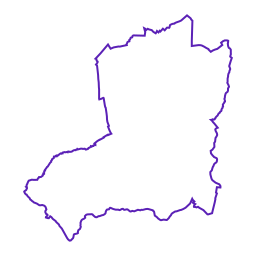 outline of Godinesti, Gorj, Romania
{"feature_id": "2599482B27270234020858", "entity_name": "Godinesti", "entity_type": "district", "adm_level": 2, "iso_a3": "ROU", "parent_name": "Romania", "parent_adm1": "Gorj", "projection": "mercator", "projection_center": [22.965, 44.989], "detail": "fine", "context": "isolated", "style": "outline", "palette": "violet", "viewbox_px": 256, "rotation_deg": 0, "n_neighbors": 0, "source": "geoboundaries", "source_scale": "gbopen_adm2", "svg_char_len": 5747}
<svg xmlns="http://www.w3.org/2000/svg" viewBox="0 0 256 256"><path d="M212.5,211.4L214.7,202.5L215.4,199.1L215.3,198.2L216.9,193.4L216.0,192.6L216.9,187.2L220.4,187.5L220.5,186.9L220.3,185.7L219.3,184.3L215.6,182.7L212.4,180.2L211.8,179.3L211.4,178.3L210.4,174.5L210.3,172.3L210.4,171.9L211.8,170.4L212.5,167.9L213.0,166.6L213.4,166.1L214.1,164.2L215.3,163.0L216.1,162.6L216.5,162.1L216.8,161.6L216.9,160.7L217.1,159.9L217.0,158.9L216.6,158.2L214.0,157.0L213.6,156.4L212.9,155.8L211.0,153.4L210.7,150.8L212.4,149.7L214.4,146.9L214.2,143.0L215.1,141.6L215.5,138.0L216.6,136.3L217.2,134.9L216.9,133.3L215.6,130.8L215.3,129.5L215.5,129.0L216.6,128.1L217.7,127.7L214.4,123.6L213.0,122.1L212.1,120.8L211.1,119.9L212.1,119.8L212.1,119.6L212.5,119.3L213.8,119.6L214.6,119.3L214.7,118.9L215.4,118.3L215.4,117.8L216.3,116.7L217.6,115.5L218.6,113.5L219.7,112.8L220.2,111.7L221.2,111.1L221.5,110.4L221.5,109.5L222.0,108.5L222.5,108.0L222.7,107.4L222.6,107.0L223.1,106.3L222.8,104.8L223.3,103.9L224.4,102.4L224.4,102.0L225.0,101.5L225.0,100.9L224.4,98.9L224.8,97.9L225.0,95.8L225.3,94.9L225.4,94.2L225.9,93.1L227.6,91.7L228.0,90.5L228.0,88.5L228.3,87.9L228.8,87.2L229.0,86.6L228.3,84.7L227.3,82.8L227.6,82.0L227.6,78.6L228.1,76.4L228.1,75.4L228.5,73.6L229.3,72.3L229.4,71.2L230.2,69.1L230.1,68.5L229.2,66.1L230.7,61.1L231.8,57.9L230.3,56.7L230.2,56.4L230.9,54.1L230.8,53.0L230.8,49.8L230.1,48.6L228.8,47.8L228.6,47.4L228.1,46.0L227.8,43.5L227.8,43.3L228.0,43.0L228.2,40.8L227.9,40.6L226.9,40.4L224.8,40.4L223.0,41.2L221.1,42.7L222.3,45.0L217.3,48.9L215.2,49.5L212.8,50.5L210.8,51.8L208.5,49.5L208.4,49.0L206.5,48.1L204.2,46.7L201.8,45.5L200.6,45.2L198.6,45.1L191.8,46.0L191.8,40.8L192.4,20.7L191.2,19.5L190.8,18.6L190.5,18.2L187.0,15.4L181.2,20.5L179.5,21.3L176.1,22.5L174.5,23.3L174.4,23.6L172.3,23.9L170.2,24.9L170.0,25.2L169.5,27.4L169.2,27.8L167.4,27.6L166.9,27.7L164.7,30.3L162.9,28.7L160.4,31.5L159.7,30.8L158.5,32.4L157.0,31.0L156.5,32.1L155.7,33.3L153.4,31.9L151.7,30.1L148.9,29.4L147.7,28.8L146.1,30.1L145.3,28.8L144.2,28.2L145.2,32.1L144.7,35.7L133.6,35.4L133.0,35.6L132.5,36.1L132.2,37.3L130.7,37.7L130.1,39.3L129.3,39.9L129.3,40.4L129.5,41.1L129.4,41.3L128.7,41.3L127.4,42.2L126.9,43.8L126.4,44.4L126.7,45.1L119.8,46.6L118.5,46.5L113.7,47.4L110.6,48.7L108.0,44.5L100.4,53.5L95.5,58.7L96.4,59.1L96.6,60.5L97.0,61.1L97.5,61.4L97.7,61.8L97.5,62.5L96.0,64.6L96.9,65.4L97.1,66.0L98.1,75.0L98.3,79.0L98.7,82.3L98.9,87.3L99.1,89.5L99.1,98.7L99.3,99.4L101.3,98.8L103.1,97.9L103.5,97.9L103.7,98.2L104.8,105.1L105.2,107.0L105.6,107.5L105.8,108.5L106.5,113.2L106.9,116.5L107.0,119.3L107.4,121.9L108.9,125.9L108.0,126.6L109.6,130.6L110.6,132.7L111.3,133.7L108.0,135.1L107.8,134.7L107.4,134.9L103.7,137.1L103.9,137.5L103.3,137.9L99.5,139.9L99.4,139.8L97.3,141.1L94.5,143.4L95.4,144.2L95.4,145.0L94.4,144.7L94.1,145.2L93.5,145.4L93.4,146.0L92.0,146.1L91.8,146.6L91.5,146.8L91.2,146.8L91.0,146.3L90.8,146.2L90.6,146.8L89.6,147.6L89.2,147.8L88.6,147.9L88.0,148.9L87.5,148.9L87.0,149.3L85.8,149.6L85.6,149.5L85.1,148.9L84.8,148.9L84.5,148.7L83.7,148.9L82.6,148.9L82.1,148.7L80.7,148.7L78.0,149.4L77.3,148.9L76.9,149.6L76.3,149.6L75.7,150.2L75.1,150.0L73.5,150.4L73.2,150.7L72.6,150.9L72.0,151.5L71.4,151.7L69.7,151.9L69.1,151.6L68.2,151.5L67.8,152.3L66.8,152.0L65.4,152.3L64.3,152.1L63.6,152.4L63.1,152.4L62.5,152.7L62.5,153.4L61.9,153.4L61.5,153.7L60.6,153.4L59.3,154.3L58.2,155.4L57.0,155.3L56.9,155.5L57.1,156.0L56.9,156.3L56.4,156.3L55.6,155.9L55.0,156.6L53.9,156.6L53.8,158.0L52.0,159.3L52.0,159.9L51.1,161.0L51.2,161.8L50.1,162.8L47.7,166.6L47.0,167.0L46.6,167.7L44.9,170.0L45.1,170.6L44.2,171.2L44.1,173.7L43.4,173.7L43.6,174.2L43.3,174.5L43.2,174.8L42.6,175.1L42.6,175.8L40.9,177.0L39.1,177.1L39.1,177.5L38.1,178.2L37.3,179.8L33.9,179.9L31.8,179.7L28.7,180.7L27.8,182.4L27.3,183.9L27.0,184.2L26.9,184.6L26.6,185.1L26.6,185.8L26.3,186.8L26.1,186.9L26.4,187.2L26.8,187.1L27.0,188.0L26.9,188.5L26.5,189.2L26.2,190.0L24.5,191.2L24.2,191.7L25.0,193.4L25.9,194.4L26.6,194.6L27.7,196.3L29.7,198.2L30.2,199.5L31.2,200.1L31.8,200.8L33.1,201.7L33.8,202.4L36.9,203.6L39.3,205.2L40.5,205.3L42.2,205.0L44.1,205.6L45.1,206.4L45.6,207.1L46.4,209.4L45.4,211.0L45.3,212.1L45.5,212.6L46.2,214.0L46.9,214.2L47.5,214.8L47.5,215.5L46.0,216.9L45.9,217.5L47.6,218.1L48.8,218.2L50.2,216.3L51.4,217.1L52.8,218.9L55.7,221.1L56.2,222.0L58.9,224.5L59.5,226.0L61.8,228.5L67.1,238.0L68.0,239.3L69.5,240.6L70.7,240.5L73.0,238.2L73.4,237.2L73.8,234.8L74.2,234.2L77.2,233.5L77.9,233.1L77.9,231.5L78.4,230.1L80.0,228.9L80.8,226.8L80.4,225.7L80.6,224.3L80.5,222.8L81.3,220.6L81.9,219.8L82.9,219.2L84.2,218.6L85.2,217.7L84.9,216.5L84.9,216.1L86.2,214.8L87.3,214.4L91.9,214.2L92.7,214.6L93.2,215.3L95.2,217.0L96.0,217.2L96.8,217.2L98.5,216.2L99.7,216.1L101.8,215.3L103.2,215.0L104.6,214.2L105.1,213.7L105.6,213.0L105.7,211.9L106.1,210.8L106.8,209.7L107.3,209.5L109.0,209.3L109.8,208.0L110.1,207.8L110.7,207.9L113.2,209.0L115.8,209.7L118.4,209.7L119.4,210.1L120.5,209.8L121.5,209.1L122.3,208.9L123.0,208.9L123.9,209.7L124.6,209.8L127.0,209.3L127.8,209.6L129.9,211.3L130.8,211.5L132.2,210.9L134.3,211.3L137.9,209.8L140.3,210.3L141.3,209.8L142.7,209.9L145.7,209.1L147.4,208.9L148.6,209.1L152.8,210.3L153.2,211.0L153.9,211.4L154.1,211.9L154.8,215.6L156.5,216.8L157.4,217.6L157.9,218.3L160.0,219.8L161.0,220.2L163.7,219.6L166.6,220.0L167.0,219.9L168.9,218.0L169.7,216.6L170.9,215.3L171.4,214.2L172.2,213.3L175.1,211.5L176.7,211.3L180.0,210.1L181.2,209.9L183.3,209.0L185.6,207.7L190.1,203.5L192.2,198.8L192.7,199.8L194.4,201.5L193.6,202.2L192.8,202.4L193.0,202.8L193.6,203.3L195.3,204.1L194.2,205.3L193.9,206.6L194.0,206.9L195.4,207.0L196.6,207.4L198.0,206.8L198.3,207.0L199.1,207.7L203.4,210.1L207.4,214.3L208.1,214.4L212.1,213.2L212.5,211.4Z" fill="none" stroke="#5b21b6" stroke-width="2"/></svg>